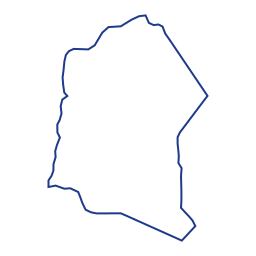 outline of Amparo, Paraíba, Brazil
{"feature_id": "56859067B25087670535038", "entity_name": "Amparo", "entity_type": "district", "adm_level": 2, "iso_a3": "BRA", "parent_name": "Brazil", "parent_adm1": "Paraíba", "projection": "equal_earth", "projection_center": [-37.05, -7.562], "detail": "fine", "context": "isolated", "style": "outline", "palette": "blue", "viewbox_px": 256, "rotation_deg": 0, "n_neighbors": 0, "source": "geoboundaries", "source_scale": "gbopen_adm2", "svg_char_len": 917}
<svg xmlns="http://www.w3.org/2000/svg" viewBox="0 0 256 256"><path d="M80.5,197.8L82.4,203.1L85.6,209.7L91.0,212.3L96.5,213.4L103.9,213.4L120.8,213.3L127.2,216.1L181.8,240.6L195.3,226.1L192.5,220.5L189.2,216.6L185.1,212.3L181.0,207.8L181.4,200.8L181.4,192.3L181.2,182.6L181.0,175.9L181.6,168.2L178.4,162.9L178.8,156.5L178.4,151.0L177.6,143.8L177.6,137.2L180.0,132.3L202.6,102.3L207.5,95.9L169.6,39.8L165.3,33.7L162.5,26.5L158.4,24.5L153.7,25.1L148.9,22.9L145.6,15.4L139.1,16.2L131.4,19.8L120.8,26.3L108.5,27.1L102.3,32.6L94.7,45.3L88.3,49.4L73.7,48.9L69.0,51.1L65.9,54.9L64.4,61.4L63.6,69.6L62.6,77.5L63.2,85.2L64.3,92.6L67.3,96.0L62.3,99.6L60.7,106.2L61.5,113.6L59.7,120.0L57.3,124.5L57.4,132.5L59.9,137.5L56.9,145.2L55.2,151.2L55.6,157.1L53.5,164.1L53.4,170.7L51.5,175.9L48.5,180.4L48.5,187.0L55.6,185.6L60.6,187.4L64.4,188.7L70.3,188.3L78.2,192.0L80.5,197.8Z" fill="none" stroke="#1e3a8a" stroke-width="2"/></svg>